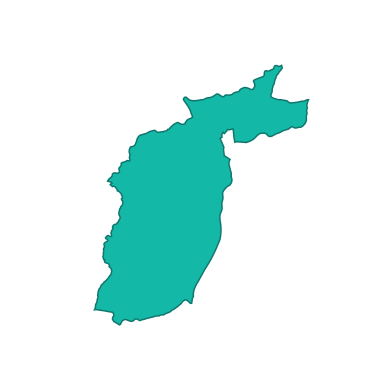 outline of Webuye East, Western, Kenya, rotated 200°
{"feature_id": "3690345B7526977746919", "entity_name": "Webuye East", "entity_type": "district", "adm_level": 2, "iso_a3": "KEN", "parent_name": "Kenya", "parent_adm1": "Western", "projection": "albers", "projection_center": [34.784, 0.653], "detail": "fine", "context": "isolated", "style": "filled", "palette": "teal", "viewbox_px": 384, "rotation_deg": 200, "n_neighbors": 0, "source": "geoboundaries", "source_scale": "gbopen_adm2", "svg_char_len": 6060}
<svg xmlns="http://www.w3.org/2000/svg" viewBox="0 0 384 384"><g transform="rotate(200 192 192)"><path d="M154.9,94.3L155.8,96.3L156.4,98.9L156.6,100.5L156.6,102.5L156.4,106.0L155.4,111.3L154.2,119.0L153.6,123.1L152.0,130.6L151.1,135.7L150.2,143.7L149.9,147.3L149.8,150.6L149.5,154.6L149.5,157.0L149.9,159.4L150.6,162.4L151.7,166.1L153.2,169.8L154.0,171.3L154.7,172.8L156.0,175.0L156.5,176.1L157.5,178.7L157.8,179.9L157.9,182.4L157.8,184.5L158.0,186.5L159.0,189.0L160.2,191.7L160.6,196.1L161.1,197.6L162.6,200.8L163.0,202.1L162.9,203.5L162.4,205.2L161.6,207.4L160.6,209.4L158.8,211.5L158.4,212.9L158.2,214.1L158.2,215.1L158.4,216.5L159.3,218.3L160.3,219.7L161.3,222.3L161.7,223.3L162.6,224.6L163.4,225.6L166.9,230.9L167.4,232.5L167.5,234.2L167.4,235.6L169.3,236.1L174.1,237.2L176.9,242.6L177.1,243.6L177.4,245.1L183.9,251.9L182.5,253.7L183.3,255.2L183.8,256.2L183.4,257.1L183.1,258.8L181.6,258.0L180.2,261.3L180.1,262.9L178.6,263.0L174.9,265.3L170.7,256.7L168.8,253.4L167.7,254.3L163.1,255.7L157.9,257.1L156.8,258.0L154.2,260.3L152.4,262.5L151.6,264.0L149.8,267.8L148.1,270.3L145.2,271.6L143.7,272.2L142.1,272.0L140.9,271.5L139.5,270.7L138.1,270.7L137.0,271.1L135.8,272.0L134.9,273.2L133.5,274.6L132.2,276.0L130.8,277.0L129.4,278.4L127.7,280.4L124.3,283.1L123.3,283.7L122.3,284.9L121.6,286.3L120.5,287.6L119.2,287.6L118.1,287.3L116.6,287.5L115.3,288.2L114.5,288.9L113.3,289.7L112.0,290.0L111.2,290.9L110.4,292.0L109.8,293.5L109.3,294.6L109.0,297.2L109.0,298.5L110.2,301.5L110.6,302.8L110.8,305.4L111.6,306.6L112.3,308.1L112.3,309.2L112.4,310.6L113.3,311.7L113.8,313.0L114.1,315.4L114.2,317.1L114.1,318.6L115.1,318.2L116.3,317.2L117.4,316.1L118.2,315.4L119.3,315.2L123.3,312.6L125.9,311.3L128.4,309.9L129.5,309.6L130.5,309.3L131.9,309.3L133.4,310.1L135.0,310.0L137.4,309.6L139.8,309.1L141.9,308.5L143.1,308.2L147.0,308.0L148.6,308.0L150.6,308.8L151.1,310.9L151.0,312.4L151.1,313.9L151.8,316.2L151.9,317.4L152.1,319.7L151.8,322.3L152.1,323.4L152.3,324.7L152.4,326.4L152.1,327.5L152.3,328.8L152.3,330.5L151.3,333.0L151.2,334.7L150.7,335.9L150.2,336.9L149.6,339.1L150.3,340.5L151.1,341.6L152.1,340.5L153.3,339.7L156.0,339.7L157.2,339.1L157.6,338.0L157.5,336.9L157.5,335.6L158.4,334.6L159.6,333.7L160.3,332.8L161.3,331.8L162.8,331.4L164.0,331.3L164.8,330.5L164.9,329.2L164.0,326.2L164.4,325.0L166.1,323.6L170.6,319.7L172.0,318.2L172.2,317.1L170.9,316.0L169.0,313.0L169.5,311.3L169.5,309.9L170.5,308.9L171.7,308.5L173.6,308.7L175.5,308.7L176.9,308.6L178.0,308.3L179.1,307.7L181.3,305.5L181.9,304.6L182.0,303.1L182.8,302.0L185.3,300.6L186.3,299.6L187.2,298.4L187.8,297.4L189.0,296.4L190.0,295.9L191.4,295.3L192.6,295.1L193.8,294.5L194.4,293.2L195.1,292.2L196.7,292.0L200.0,292.8L201.1,293.0L202.3,292.5L203.4,291.1L204.0,290.2L205.0,288.9L206.3,287.7L207.9,286.6L209.2,286.0L210.4,285.3L212.3,283.3L213.2,282.5L215.1,281.7L217.8,280.1L219.3,279.3L221.0,278.6L222.6,278.0L224.2,277.7L225.4,277.6L226.7,277.8L228.7,278.7L230.2,279.1L231.4,278.3L231.8,277.1L231.5,275.7L230.1,274.7L226.9,272.5L225.1,271.2L222.7,269.2L221.3,267.7L218.9,264.7L217.9,263.7L217.0,262.5L217.9,261.4L218.9,260.3L220.1,259.4L221.1,258.1L222.1,254.8L221.8,253.5L223.6,252.6L225.0,252.1L226.3,252.1L227.8,252.4L229.4,252.4L230.6,251.2L231.8,249.9L232.7,248.5L234.1,245.9L235.0,243.3L236.3,242.5L236.6,241.1L237.7,240.2L238.7,239.6L240.7,238.3L242.6,237.4L243.8,236.6L244.7,236.3L246.0,236.6L247.5,237.2L248.7,237.0L250.3,235.8L251.9,234.8L253.1,233.6L254.0,232.6L254.8,231.5L255.6,230.8L256.7,230.2L257.6,229.5L259.6,228.1L260.5,227.2L261.2,225.9L261.5,224.6L261.7,223.1L261.5,221.2L261.5,219.0L261.5,217.4L261.8,216.3L262.6,215.0L265.2,213.3L265.4,211.3L265.3,210.0L264.8,208.4L264.2,207.3L262.9,205.7L262.6,202.8L261.2,200.8L261.7,199.6L263.3,199.5L264.2,199.0L264.8,197.8L267.7,195.8L268.4,194.8L267.8,193.2L267.6,191.9L268.5,190.5L268.8,189.5L268.5,188.4L267.4,187.1L267.0,185.8L267.8,184.6L269.0,183.9L270.7,183.7L272.3,182.9L272.9,181.5L272.5,179.8L273.3,177.7L274.3,176.2L274.8,174.8L275.0,173.3L271.6,173.6L270.2,173.0L270.9,172.1L271.3,170.8L269.8,170.5L268.7,169.8L267.8,170.6L266.4,170.6L265.1,170.1L264.1,169.2L262.9,168.5L262.5,167.5L261.4,167.6L260.0,167.2L258.4,166.5L257.3,165.2L256.1,164.1L255.3,163.1L256.0,161.4L255.3,160.4L254.0,159.8L253.3,158.4L253.1,157.2L253.1,156.1L253.4,154.8L254.0,153.6L253.7,152.5L254.1,151.5L253.7,148.1L253.5,147.0L252.7,145.5L251.3,144.3L250.5,142.8L251.1,139.9L251.0,138.6L251.7,137.7L251.8,136.5L252.5,135.6L253.9,134.9L254.5,133.9L254.7,132.9L254.6,131.5L253.7,130.8L254.1,129.1L254.2,127.1L254.1,125.6L253.1,124.5L252.5,122.7L254.3,122.1L255.9,122.5L256.8,121.7L257.2,120.4L257.7,119.4L256.9,118.7L255.6,118.6L254.6,117.7L254.9,116.6L255.5,115.8L256.4,114.9L257.0,113.7L256.6,112.2L255.6,111.2L255.4,110.0L255.8,108.8L255.6,107.8L254.9,107.0L254.5,104.6L254.1,103.4L253.6,102.1L253.6,100.5L252.5,99.5L252.0,98.3L250.6,98.3L250.5,96.9L249.4,95.9L247.8,96.1L246.5,96.0L245.2,95.6L244.3,94.7L244.5,93.7L243.4,93.0L242.1,92.6L241.1,91.5L240.4,90.2L240.1,88.8L240.2,87.7L239.8,86.7L240.8,85.0L241.0,83.4L241.3,82.2L242.8,78.8L243.8,77.4L244.0,75.9L244.9,74.7L245.4,73.3L245.6,70.1L246.2,68.9L246.0,65.6L245.5,64.3L245.3,62.6L244.3,61.2L244.3,59.6L244.2,57.9L243.7,56.6L243.8,54.8L244.1,53.4L243.7,52.3L243.4,50.6L243.2,49.1L243.4,48.0L242.1,48.7L238.8,49.3L233.7,50.4L230.9,50.8L225.4,51.8L224.3,50.9L223.4,49.8L223.1,48.7L223.6,47.8L223.6,46.6L223.2,45.2L221.1,43.5L219.7,43.4L215.8,42.5L214.5,42.4L213.9,43.5L213.8,46.2L213.2,47.4L212.5,48.3L211.4,49.3L209.8,49.6L207.4,49.5L205.9,49.5L204.3,49.9L202.9,51.2L202.2,52.8L201.4,53.5L199.9,53.8L198.7,53.5L197.0,53.3L195.5,54.7L193.4,56.0L191.0,57.9L190.0,58.6L185.8,61.3L184.2,62.6L183.0,63.5L181.8,63.8L180.6,64.3L179.8,65.3L178.7,66.2L177.5,66.4L176.1,67.4L175.2,68.7L173.8,69.9L172.6,70.8L171.5,72.1L170.0,74.6L169.1,75.4L168.3,76.5L167.6,77.6L166.2,79.6L165.8,80.5L164.7,82.2L164.0,83.6L163.6,85.2L162.8,86.9L161.6,88.3L160.2,88.6L159.0,88.3L157.9,88.0L156.7,87.3L155.3,86.8L154.3,87.4L154.5,88.7L154.9,90.4L155.3,92.6L154.9,94.3Z" fill="#14b8a6" stroke="#0f766e" stroke-width="1.5"/></g></svg>